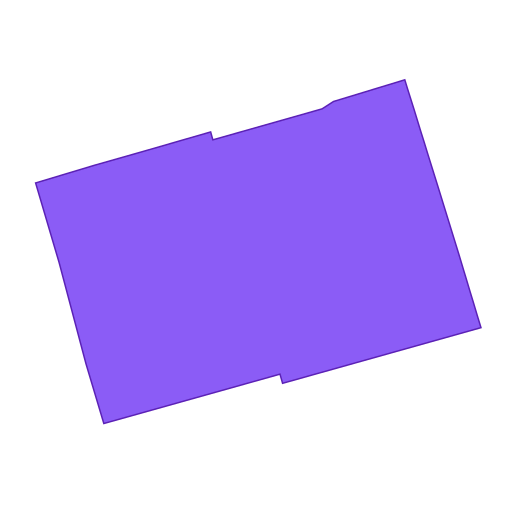 the district of Howell, Missouri, United States of America, rotated 253°
{"feature_id": "52423323B11820263063705", "entity_name": "Howell", "entity_type": "district", "adm_level": 2, "iso_a3": "USA", "parent_name": "United States of America", "parent_adm1": "Missouri", "projection": "robinson", "projection_center": [-91.877, 36.777], "detail": "fine", "context": "isolated", "style": "filled", "palette": "violet", "viewbox_px": 512, "rotation_deg": 253, "n_neighbors": 0, "source": "geoboundaries", "source_scale": "gbopen_adm2", "svg_char_len": 562}
<svg xmlns="http://www.w3.org/2000/svg" viewBox="0 0 512 512"><g transform="rotate(253 256 256)"><path d="M140.3,61.5L136.0,244.4L126.5,244.2L121.7,450.2L134.4,450.2L148.0,450.3L158.3,450.3L159.1,450.3L174.7,450.4L180.1,450.4L197.9,450.5L199.6,450.5L268.9,450.3L269.8,450.3L303.6,450.1L305.9,450.1L307.4,450.1L315.9,450.1L326.7,450.0L349.5,450.0L372.1,449.8L373.0,449.8L381.0,449.8L381.1,375.3L377.4,362.2L379.7,248.7L387.9,248.9L389.0,178.3L390.0,128.2L390.3,66.6L307.3,65.8L202.7,61.9L140.3,61.5Z" fill="#8b5cf6" stroke="#5b21b6" stroke-width="1.5"/></g></svg>